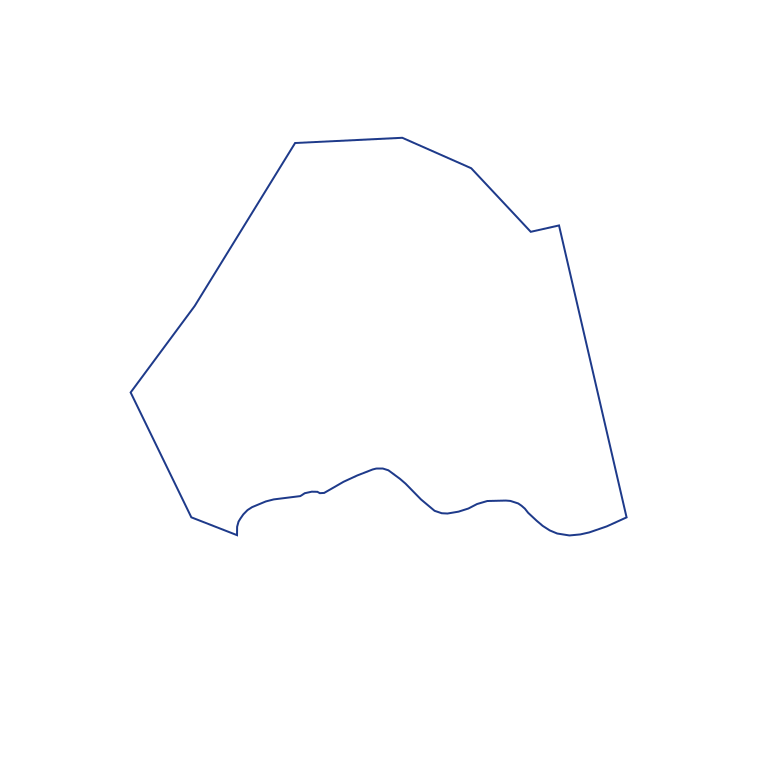 Mason, Kentucky, United States of America, rotated 145°
{"feature_id": "52423323B64240886079003", "entity_name": "Mason", "entity_type": "district", "adm_level": 2, "iso_a3": "USA", "parent_name": "United States of America", "parent_adm1": "Kentucky", "projection": "natural_earth1", "projection_center": [-83.779, 38.612], "detail": "fine", "context": "isolated", "style": "outline", "palette": "blue", "viewbox_px": 768, "rotation_deg": 145, "n_neighbors": 0, "source": "geoboundaries", "source_scale": "gbopen_adm2", "svg_char_len": 838}
<svg xmlns="http://www.w3.org/2000/svg" viewBox="0 0 768 768"><g transform="rotate(145 384 384)"><path d="M596.4,522.4L618.3,385.3L591.1,344.5L586.2,351.3L582.1,354.7L578.9,356.1L574.0,357.9L568.1,359.0L562.7,358.8L548.2,355.6L540.5,352.7L516.9,340.2L515.2,340.1L511.6,340.0L504.9,337.2L500.4,333.9L499.2,331.4L495.5,329.1L473.2,327.1L458.3,324.4L442.3,320.5L438.9,319.2L433.5,315.5L429.9,310.8L425.3,297.1L423.5,290.0L419.9,268.2L415.3,251.1L410.8,245.0L406.3,241.5L396.2,236.7L386.3,233.6L376.6,232.3L366.5,228.9L351.0,218.6L347.5,215.7L342.6,209.2L341.2,205.5L340.1,201.1L339.8,195.8L337.4,184.5L335.4,176.8L332.2,169.0L327.9,162.2L319.0,153.6L309.5,148.2L301.0,144.7L283.2,139.6L261.8,135.6L149.7,413.5L176.5,424.5L188.8,510.7L227.8,575.2L318.6,632.4L494.3,556.5L596.4,522.4Z" fill="none" stroke="#1e3a8a" stroke-width="2"/></g></svg>